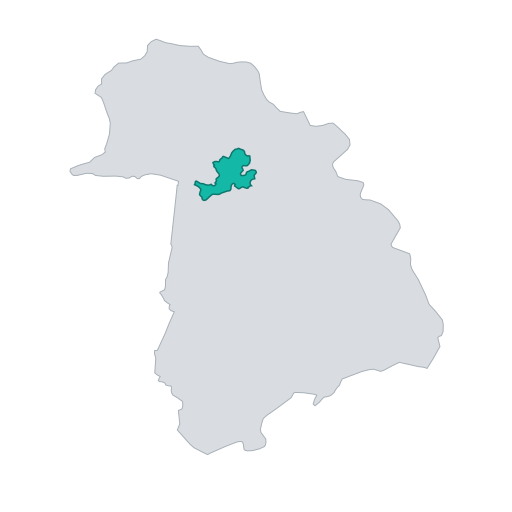 Balé highlighted on a map of Burkina Faso, rotated 97°
{"feature_id": "BFA-2803", "entity_name": "Balé", "entity_type": "Province", "adm_level": 1, "iso_a3": "BFA", "parent_name": "Burkina Faso", "parent_adm1": "", "projection": "equal_earth", "projection_center": [-3.038, 11.667], "detail": "fine", "context": "in_parent", "style": "filled", "palette": "teal", "viewbox_px": 512, "rotation_deg": 97, "n_neighbors": 0, "source": "natural_earth", "source_scale": "10m", "svg_char_len": 5266}
<svg xmlns="http://www.w3.org/2000/svg" viewBox="0 0 512 512"><g transform="rotate(97 256 256)"><path d="M383.0,342.3L369.8,343.0L365.0,344.9L362.1,345.0L362.0,343.4L361.6,342.4L344.9,337.0L333.2,333.9L321.3,330.3L320.7,333.6L319.0,335.8L316.4,335.9L314.6,335.4L313.5,338.0L311.5,341.3L308.8,343.0L306.1,345.1L304.6,346.9L303.5,346.9L300.7,342.6L297.1,342.2L290.4,342.9L287.4,341.7L283.2,341.2L273.5,342.0L257.8,340.3L255.3,341.2L254.6,342.0L239.1,342.2L222.1,342.4L207.9,342.6L195.4,342.8L195.4,342.1L191.4,342.0L191.0,343.4L187.4,360.7L187.1,370.0L188.9,375.9L191.0,379.6L193.4,381.1L193.7,383.2L191.8,385.9L191.9,388.7L194.1,391.5L194.7,394.6L193.6,397.7L193.8,405.3L195.5,417.3L195.6,425.1L194.0,428.6L194.7,434.7L197.8,443.3L198.3,447.0L197.2,448.7L194.7,450.9L192.1,450.8L189.1,445.6L187.8,443.3L185.4,438.0L183.3,432.7L180.5,430.4L177.8,428.2L174.4,421.5L171.2,418.3L167.8,419.2L162.8,417.9L152.8,416.3L142.0,416.8L137.5,418.3L133.1,420.8L121.9,426.2L117.5,428.8L114.1,435.6L110.3,435.4L106.5,433.3L104.1,430.2L99.0,430.9L94.1,427.9L89.3,422.0L85.8,420.1L81.3,415.9L80.1,407.8L77.3,402.2L74.7,394.3L70.8,390.8L66.4,388.9L60.2,389.3L56.1,386.2L53.0,381.6L53.8,377.6L55.3,371.9L55.5,366.5L56.4,357.7L55.9,346.6L54.8,338.9L58.2,335.7L62.1,332.8L64.6,327.6L67.2,315.9L68.3,305.8L67.5,302.0L66.2,299.0L65.2,294.6L64.6,289.3L65.3,284.7L68.3,280.4L72.0,276.8L74.7,275.0L81.7,273.2L90.5,270.6L95.6,267.5L99.3,264.5L101.3,262.1L103.4,257.2L106.8,253.3L109.5,249.5L109.9,238.8L109.8,232.7L107.9,229.3L106.9,226.4L119.8,218.1L120.0,212.2L118.2,205.6L115.6,200.2L114.7,195.7L118.3,190.3L121.5,186.2L123.8,182.8L128.9,177.5L134.2,176.2L139.0,178.1L153.2,190.5L155.7,191.3L158.6,190.3L162.4,187.1L167.2,184.5L169.0,176.3L168.9,164.1L170.0,158.6L172.5,157.6L180.7,159.9L182.8,160.0L185.2,159.2L186.9,157.1L186.8,153.2L186.5,149.7L189.1,138.5L194.0,130.0L203.8,119.4L206.8,117.3L210.4,116.2L227.9,123.5L230.8,121.7L235.1,103.7L239.8,102.0L245.5,101.7L249.2,100.1L251.2,98.9L259.5,92.1L274.2,82.8L282.1,78.8L283.7,77.3L289.3,70.7L296.8,63.2L301.6,61.7L308.2,61.1L312.4,62.3L313.5,64.5L314.9,65.6L323.5,62.4L335.9,67.5L346.7,72.5L346.0,75.7L346.0,81.3L345.1,90.2L344.1,100.9L348.6,107.8L353.9,115.3L355.3,118.2L354.0,125.5L355.0,129.8L357.8,137.0L362.6,146.1L367.6,155.5L371.0,156.7L374.2,157.4L376.2,159.1L379.1,160.7L381.9,161.8L384.4,163.9L386.0,165.9L388.1,171.7L393.7,175.5L397.5,179.2L396.0,181.2L391.2,180.4L386.7,178.7L386.1,181.5L385.9,192.1L386.7,201.0L387.8,202.1L392.3,203.8L403.3,215.3L413.1,226.1L416.5,229.0L421.9,230.0L428.0,230.5L430.6,229.5L436.5,224.0L439.6,223.4L442.5,223.6L444.1,224.4L446.9,228.9L449.6,235.7L450.4,240.6L450.2,243.3L449.3,244.3L444.5,245.6L442.4,246.6L441.9,248.1L442.6,251.4L443.6,253.6L448.9,263.4L456.7,276.5L459.0,279.9L457.7,283.8L453.9,294.1L451.0,298.4L438.3,312.9L432.0,311.2L418.8,314.2L416.8,310.8L413.7,310.4L409.9,311.0L408.5,312.2L408.1,313.7L406.7,315.7L404.3,321.4L402.4,322.9L400.1,323.8L397.2,323.7L395.5,324.4L395.5,327.3L395.0,329.8L393.1,331.0L392.3,333.8L392.4,336.6L391.3,337.8L388.8,337.1L387.3,336.4L385.9,339.9L384.2,342.3L383.0,342.3Z" fill="#d9dde1" stroke="#a8b0b8" stroke-width="1"/><path d="M186.8,269.1L187.0,269.9L187.3,270.5L188.2,271.3L188.5,272.0L188.8,272.3L189.4,272.1L189.6,272.2L189.9,273.1L189.8,273.8L189.7,274.4L189.6,275.3L189.5,275.7L189.0,277.0L188.9,277.6L190.0,279.3L190.8,280.2L191.3,281.0L191.3,281.9L189.3,285.2L189.1,285.8L188.5,285.8L187.9,285.5L187.5,285.4L186.6,286.8L187.0,288.0L188.3,288.9L189.8,289.2L192.9,289.1L194.3,289.9L194.9,291.8L194.9,292.2L197.8,298.1L198.8,299.5L199.1,299.7L199.3,300.2L199.6,301.7L199.8,306.2L200.5,307.2L202.0,308.7L206.1,312.1L207.0,313.5L207.1,315.0L206.4,316.0L205.5,316.6L204.1,316.9L203.2,318.2L202.0,319.5L200.2,319.4L198.6,319.2L197.2,318.7L195.9,319.4L194.6,321.0L193.8,322.4L192.9,325.1L192.7,325.7L191.7,325.3L189.5,325.2L188.9,324.5L189.4,323.1L189.9,322.0L190.7,320.4L190.8,319.6L190.7,317.4L190.8,316.6L191.3,315.3L191.4,314.5L191.5,312.1L191.4,311.4L191.1,310.8L190.5,309.7L190.3,309.1L191.2,308.0L191.4,307.7L191.5,307.0L191.4,306.0L190.4,305.0L189.7,304.5L189.1,304.5L188.9,305.2L188.5,305.6L187.9,305.4L187.0,304.6L186.3,304.3L185.6,304.7L184.6,305.0L183.7,304.5L182.7,303.4L181.4,302.4L180.1,302.2L179.4,302.5L178.8,302.9L177.1,304.8L176.0,305.7L174.8,306.1L173.6,307.0L172.6,308.5L171.7,308.9L170.9,308.3L169.8,309.5L168.5,310.1L167.4,308.7L167.0,307.1L167.1,304.6L166.8,304.1L165.8,303.7L164.6,303.5L163.9,302.8L163.2,301.8L161.5,301.2L161.1,300.4L162.2,296.4L162.6,295.5L162.4,295.0L161.4,294.3L159.8,293.5L156.6,292.7L154.7,291.5L152.6,289.6L152.4,288.6L152.0,287.5L151.4,286.9L151.3,286.1L152.0,284.0L152.2,282.5L152.6,281.4L153.3,280.5L154.1,280.0L155.6,279.7L156.6,278.8L157.3,278.0L157.7,276.8L157.4,275.2L157.5,274.4L161.8,273.4L163.1,273.6L163.5,273.9L164.4,273.6L167.3,275.6L167.8,277.4L167.7,279.4L168.7,280.5L170.2,280.8L171.2,279.8L172.6,279.2L175.7,281.4L177.0,281.2L177.9,280.4L177.8,279.1L177.3,277.1L176.4,275.9L174.5,275.7L173.4,274.9L172.8,273.4L171.6,272.0L170.9,270.8L171.1,267.2L172.0,266.3L173.4,265.9L176.1,267.7L177.6,267.3L179.0,266.7L179.6,266.7L179.8,267.9L180.5,269.2L181.0,269.7L181.6,270.2L183.4,270.8L185.2,270.6L186.2,269.8L186.8,269.1Z" fill="#14b8a6" stroke="#0f766e" stroke-width="1.5"/></g></svg>